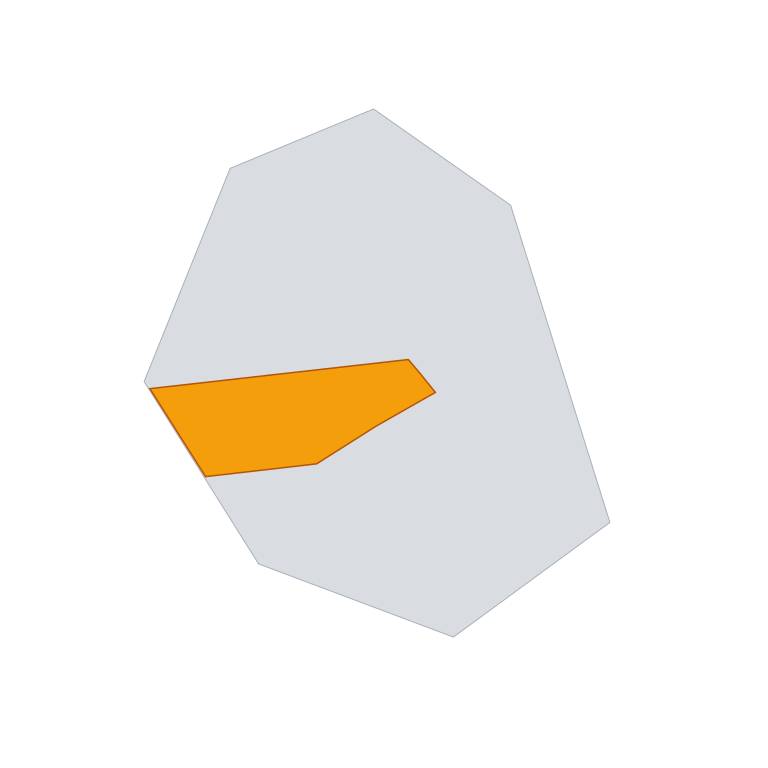 Nibok on a map of Nauru (Albers equal-area conic projection), rotated 313°
{"feature_id": "NRU-4974", "entity_name": "Nibok", "entity_type": "state/province", "adm_level": 1, "iso_a3": "NRU", "parent_name": "Nauru", "parent_adm1": "", "projection": "albers", "projection_center": [166.924, -0.513], "detail": "fine", "context": "in_parent", "style": "filled", "palette": "amber", "viewbox_px": 768, "rotation_deg": 313, "n_neighbors": 0, "source": "natural_earth", "source_scale": "10m", "svg_char_len": 425}
<svg xmlns="http://www.w3.org/2000/svg" viewBox="0 0 768 768"><g transform="rotate(313 384 384)"><path d="M601.1,354.7L436.8,643.6L246.2,607.3L166.9,415.0L222.2,206.9L436.8,124.4L578.0,188.8L601.1,354.7Z" fill="#d9dde1" stroke="#a8b0b8" stroke-width="1"/><path d="M194.6,316.7L220.9,215.9L418.5,385.1L416.2,404.1L412.9,427.3L348.0,407.0L279.7,389.2L194.6,316.7Z" fill="#f59e0b" stroke="#b45309" stroke-width="1.5"/></g></svg>